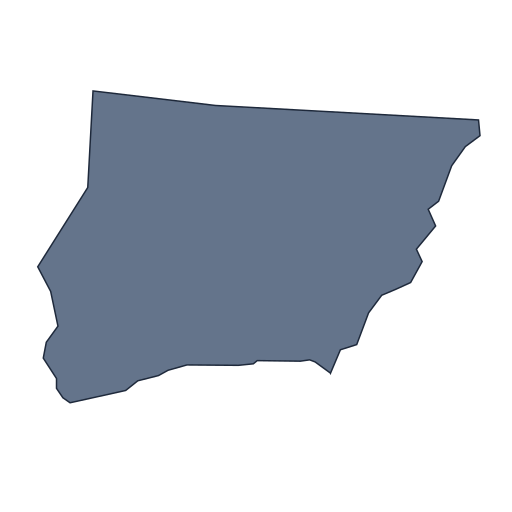 the district of Washington, North Carolina, United States of America, rotated 183°
{"feature_id": "52423323B84884093129235", "entity_name": "Washington", "entity_type": "district", "adm_level": 2, "iso_a3": "USA", "parent_name": "United States of America", "parent_adm1": "North Carolina", "projection": "natural_earth1", "projection_center": [-76.611, 35.841], "detail": "fine", "context": "isolated", "style": "filled", "palette": "slate", "viewbox_px": 512, "rotation_deg": 183, "n_neighbors": 0, "source": "geoboundaries", "source_scale": "gbopen_adm2", "svg_char_len": 688}
<svg xmlns="http://www.w3.org/2000/svg" viewBox="0 0 512 512"><g transform="rotate(183 256 256)"><path d="M38.6,387.9L40.9,403.5L222.9,404.0L223.4,404.0L224.4,404.0L304.3,404.2L427.4,412.3L427.6,315.6L473.4,233.8L459.2,209.9L450.1,175.6L460.9,158.9L463.1,142.9L448.8,123.2L448.3,113.4L441.4,104.3L434.0,99.7L379.1,114.9L367.5,125.2L347.1,131.5L337.8,137.3L319.3,143.6L267.9,145.9L253.0,148.2L249.3,151.6L206.2,153.3L197.0,155.1L191.4,153.3L175.6,143.0L175.5,142.8L166.8,166.8L150.8,172.8L140.6,205.1L128.4,223.4L115.0,229.9L100.2,237.6L89.8,259.1L96.2,271.2L78.2,295.4L86.5,311.7L76.5,320.3L65.3,356.4L52.7,376.2L38.6,387.9Z" fill="#64748b" stroke="#1e293b" stroke-width="1.5"/></g></svg>